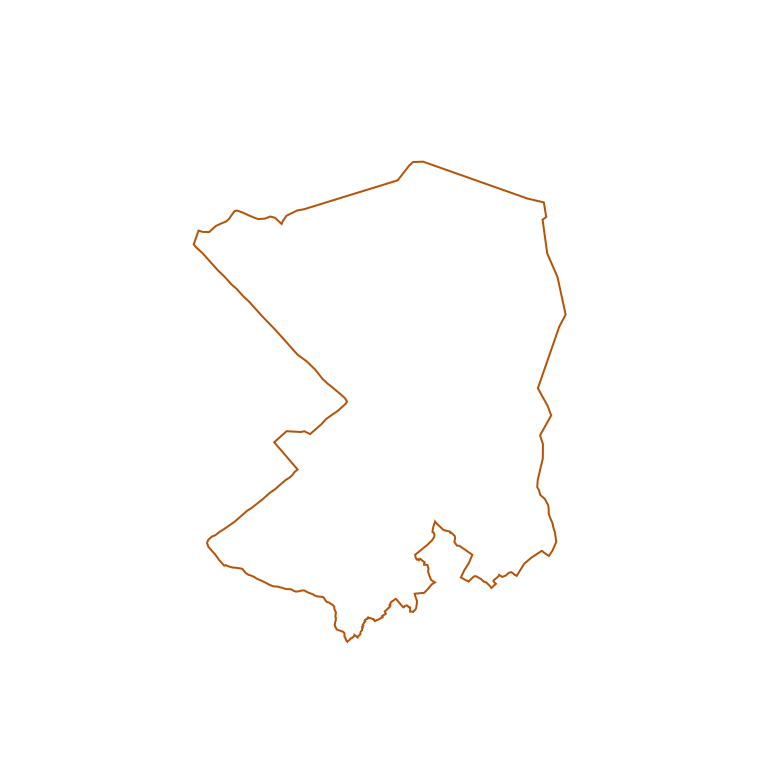 the district of Ido, Oyo, Nigeria, rotated 48°
{"feature_id": "59680162B23843497952419", "entity_name": "Ido", "entity_type": "district", "adm_level": 2, "iso_a3": "NGA", "parent_name": "Nigeria", "parent_adm1": "Oyo", "projection": "orthographic", "projection_center": [3.812, 7.476], "detail": "fine", "context": "isolated", "style": "outline", "palette": "amber", "viewbox_px": 768, "rotation_deg": 48, "n_neighbors": 0, "source": "geoboundaries", "source_scale": "gbopen_adm2", "svg_char_len": 6069}
<svg xmlns="http://www.w3.org/2000/svg" viewBox="0 0 768 768"><g transform="rotate(48 384 384)"><path d="M153.0,432.1L157.7,432.1L165.6,431.3L188.5,431.4L197.9,430.7L208.2,430.7L214.5,429.9L224.8,429.9L231.9,429.2L252.4,429.2L272.1,428.5L304.5,428.6L315.5,426.3L327.4,425.5L339.2,426.3L346.3,425.6L351.0,424.8L362.1,423.2L368.4,422.5L372.4,423.3L373.1,426.4L373.0,436.8L372.1,443.1L371.3,450.3L372.0,457.4L371.8,472.4L365.7,474.9L364.1,477.8L353.9,488.0L353.8,504.6L389.7,505.4L389.6,509.9L390.4,513.1L390.3,517.0L389.5,521.8L389.3,535.3L388.5,541.7L388.4,552.0L387.5,565.5L386.6,570.3L386.4,586.9L384.7,600.4L383.9,605.2L383.4,610.9L382.2,613.9L382.2,618.7L383.7,621.9L387.6,623.5L397.9,623.5L404.2,624.3L412.1,624.3L412.7,622.8L413.8,622.4L416.2,621.1L419.0,619.4L420.8,617.6L424.2,614.7L426.5,613.0L432.1,613.2L435.0,612.4L436.4,611.5L440.6,609.5L441.8,609.3L444.6,608.4L447.4,607.0L451.8,605.2L456.5,603.5L459.9,601.9L462.2,599.9L463.7,598.3L464.6,597.8L465.6,597.4L466.9,596.2L467.8,595.7L469.1,595.1L471.2,593.6L472.3,592.5L473.1,591.5L474.6,590.4L477.2,589.5L479.2,588.5L480.9,586.3L482.2,583.7L484.0,581.4L487.8,580.1L493.3,577.3L494.3,577.3L497.2,575.7L498.8,574.2L499.9,573.3L501.2,572.0L501.8,571.9L502.9,571.7L504.3,572.1L505.2,572.2L506.0,572.2L507.3,572.4L508.1,572.1L508.9,571.6L509.1,571.4L509.4,571.3L510.0,570.9L511.2,570.8L512.7,570.3L513.7,570.0L514.1,569.9L515.0,570.0L515.7,569.9L516.3,570.0L516.7,570.5L517.9,571.4L518.5,571.5L519.5,571.9L519.8,571.9L520.4,572.3L521.8,572.7L522.3,573.4L522.5,573.9L523.5,574.7L523.9,575.4L524.3,575.7L524.7,576.0L525.3,576.1L525.7,576.2L526.3,577.1L526.8,577.4L527.4,578.0L527.7,578.6L528.0,579.0L528.3,579.7L528.5,580.0L529.0,580.3L529.3,580.9L530.0,581.8L530.7,582.1L531.2,582.5L532.1,582.7L532.6,582.8L533.1,582.8L533.6,583.0L533.9,583.2L534.3,583.3L534.7,583.4L536.4,582.5L537.0,582.3L538.0,581.5L538.4,581.3L538.9,581.3L539.5,581.0L540.2,580.4L541.1,580.2L541.9,580.0L542.3,580.1L542.7,580.4L542.9,580.4L543.5,580.8L544.2,581.3L544.7,582.0L545.4,582.5L545.8,582.5L546.2,582.6L546.6,582.6L547.4,582.8L547.7,583.1L549.3,583.4L549.9,583.8L550.2,583.8L551.0,583.7L550.9,583.5L550.9,582.7L551.0,582.5L551.1,581.9L551.2,581.5L551.2,581.3L550.9,580.6L550.9,580.2L551.0,579.6L551.0,578.9L550.9,578.6L551.0,578.4L551.2,578.0L551.2,577.8L551.2,577.3L551.2,577.1L551.5,576.7L551.5,576.3L551.4,575.6L551.1,574.8L551.1,574.4L551.1,574.2L550.8,573.9L551.4,573.8L551.6,573.8L552.0,573.6L552.3,573.6L552.7,573.5L554.7,573.2L554.0,571.8L554.0,571.6L554.2,571.1L554.3,570.6L554.2,570.3L554.1,569.9L554.2,569.1L552.9,567.8L552.6,567.2L552.4,566.8L552.4,565.8L552.2,565.1L552.0,564.8L551.7,564.5L551.1,563.9L551.0,563.7L551.0,562.9L550.9,562.8L550.8,562.7L549.8,562.7L549.8,561.0L549.7,560.9L548.7,560.9L548.5,559.8L548.3,559.2L548.0,558.6L548.0,558.4L547.8,556.6L546.9,556.6L546.8,556.2L546.6,555.7L546.7,555.3L547.2,553.9L547.4,553.2L546.8,552.8L546.8,552.3L546.8,552.0L546.8,551.9L548.3,551.5L548.9,550.7L549.2,550.5L549.6,550.4L550.2,550.1L550.8,549.9L551.2,549.6L551.5,549.5L551.7,549.1L552.1,549.2L552.4,549.1L552.8,549.3L553.1,549.3L553.6,549.3L554.1,549.4L554.3,548.3L555.2,545.9L555.4,545.2L556.0,542.7L556.1,542.0L556.4,541.4L556.5,541.1L556.4,540.9L556.1,540.9L555.2,540.7L555.5,538.8L555.8,537.8L556.0,536.4L554.5,536.0L553.5,535.7L553.5,535.1L553.6,534.1L553.5,531.6L553.5,528.5L553.5,528.4L552.9,528.4L552.6,528.3L552.7,527.6L551.8,527.4L551.9,526.5L551.1,525.7L550.9,525.0L550.8,524.5L550.9,524.3L550.8,524.1L551.0,523.4L550.9,523.0L551.1,522.3L551.2,521.9L551.3,521.4L551.3,519.7L551.4,519.3L551.5,519.0L552.2,518.9L552.7,519.0L553.4,518.9L553.8,519.0L555.7,519.0L560.8,519.1L561.3,519.2L562.4,519.1L562.7,519.0L563.1,519.0L563.2,518.9L563.2,518.5L563.0,518.1L562.8,517.6L562.8,517.4L562.9,517.0L563.4,516.3L563.5,515.5L564.0,515.3L564.5,514.9L564.8,515.0L565.0,515.0L565.9,514.9L566.5,514.9L566.7,514.6L566.6,514.4L566.8,514.3L567.2,514.4L567.4,514.3L567.6,514.2L568.4,514.8L570.1,516.5L570.6,516.9L571.6,515.8L571.9,515.4L572.5,515.0L572.8,515.0L572.9,514.9L572.7,514.3L572.7,513.4L572.7,511.9L572.3,510.6L571.8,509.8L568.6,505.9L567.0,504.5L564.0,503.3L561.9,502.4L560.4,501.5L566.1,493.8L565.6,487.7L564.8,482.8L565.5,478.9L563.6,479.5L561.4,480.0L560.4,479.9L558.6,479.2L554.1,477.4L552.6,476.5L551.6,475.1L550.7,474.4L549.6,473.8L548.4,473.3L547.5,472.8L546.7,473.4L545.9,474.3L545.2,475.2L544.6,474.7L543.7,473.1L541.1,473.7L539.5,473.8L538.1,474.1L538.3,476.0L537.0,475.8L536.6,477.0L535.6,477.0L533.9,476.5L532.6,475.6L531.7,475.2L532.0,470.5L532.0,469.2L532.2,467.2L532.2,465.2L532.6,459.2L532.4,456.8L532.4,453.3L531.3,449.3L529.9,447.4L527.7,446.5L526.6,447.1L524.4,444.8L521.6,440.4L521.0,438.9L520.4,438.1L522.7,438.2L532.3,437.5L537.9,433.7L539.0,434.3L539.5,433.5L544.1,433.1L545.8,434.0L548.6,437.4L553.0,437.9L554.6,436.3L570.0,432.6L573.9,440.9L576.1,448.9L579.2,456.3L582.4,455.2L583.2,455.0L584.3,454.6L585.3,454.2L586.0,453.7L587.4,453.3L587.2,449.0L587.2,445.9L588.2,444.3L593.8,442.4L597.7,442.1L599.7,440.8L602.1,440.6L604.3,440.5L607.4,440.7L607.4,434.5L605.6,434.7L604.0,434.7L603.6,434.5L603.4,434.2L603.3,433.8L603.5,428.4L603.4,427.2L602.9,426.2L606.6,425.1L607.8,421.5L607.8,420.3L607.9,417.5L608.9,415.3L609.9,415.1L611.3,414.7L613.3,414.6L613.8,414.2L615.4,413.8L611.4,400.2L611.6,391.2L611.7,390.6L613.5,378.6L614.0,378.2L616.6,377.9L622.1,376.5L620.4,369.9L616.5,361.6L608.9,356.4L604.2,354.3L601.6,352.7L599.6,351.7L595.7,350.5L590.7,348.4L587.0,345.2L583.7,343.0L577.0,341.4L571.0,342.1L566.6,339.9L563.1,339.1L558.2,334.0L545.5,315.7L535.0,306.1L526.6,302.4L519.2,280.8L510.0,277.1L490.1,272.5L458.6,215.3L454.0,202.6L420.6,183.5L396.1,175.3L368.0,156.2L368.4,151.7L356.0,143.7L342.2,153.3L244.9,206.2L238.5,213.9L238.5,219.1L241.8,237.5L200.6,326.5L196.9,332.5L193.7,343.9L195.3,350.4L196.6,353.0L187.5,353.8L183.4,356.5L181.5,361.7L177.3,367.1L173.6,369.1L169.2,371.2L162.3,374.2L158.3,376.3L156.4,377.5L155.5,379.5L157.6,389.1L157.5,392.8L155.6,398.1L154.0,403.4L154.1,412.2L149.6,417.0L145.9,419.2L153.0,432.1Z" fill="none" stroke="#b45309" stroke-width="2"/></g></svg>